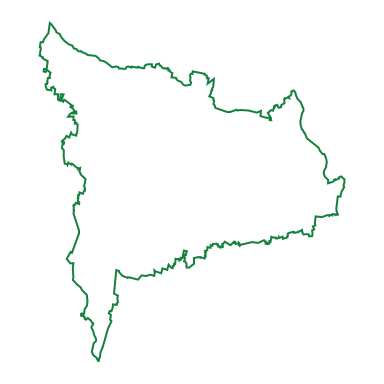 the district of Mueang Suphan Buri, Suphan Buri, Thailand
{"feature_id": "78962969B42801469218282", "entity_name": "Mueang Suphan Buri", "entity_type": "district", "adm_level": 2, "iso_a3": "THA", "parent_name": "Thailand", "parent_adm1": "Suphan Buri", "projection": "equal_earth", "projection_center": [100.048, 14.472], "detail": "fine", "context": "isolated", "style": "outline", "palette": "green", "viewbox_px": 384, "rotation_deg": 0, "n_neighbors": 0, "source": "geoboundaries", "source_scale": "gbopen_adm2", "svg_char_len": 5807}
<svg xmlns="http://www.w3.org/2000/svg" viewBox="0 0 384 384"><path d="M337.9,214.6L336.6,211.4L336.3,208.5L337.8,196.4L340.4,196.6L341.5,191.8L344.2,187.1L343.5,185.7L344.4,182.4L344.4,179.3L341.1,176.4L338.8,177.5L338.9,178.6L335.0,180.2L334.9,179.4L334.2,179.7L334.4,180.6L332.5,181.9L328.1,183.3L328.2,179.9L324.8,176.7L323.7,173.2L324.1,170.7L326.3,166.7L326.0,165.9L326.8,162.5L326.2,158.6L324.4,154.1L322.8,154.2L320.0,150.9L318.7,147.8L307.0,138.4L304.7,132.9L303.9,132.6L303.3,130.7L301.7,129.0L300.5,124.4L300.4,120.9L302.1,113.3L303.5,110.7L303.4,108.6L300.5,101.8L297.4,98.8L295.7,94.5L295.3,92.1L293.4,90.4L291.3,91.6L291.6,92.9L290.8,95.3L288.5,96.8L289.1,98.1L287.5,97.4L285.4,98.7L284.6,98.3L284.2,99.2L284.5,103.1L281.2,105.2L281.1,107.2L278.7,107.8L277.2,104.9L275.3,106.0L275.1,105.5L274.1,106.2L274.7,107.1L274.3,107.9L273.9,107.6L272.9,110.7L271.1,110.1L267.8,113.0L270.7,117.5L271.2,120.2L269.6,120.0L269.6,117.7L266.8,117.9L260.5,116.1L260.9,110.9L256.9,112.6L248.3,110.5L240.3,110.0L237.3,110.5L236.6,109.7L230.2,112.0L227.2,112.0L215.6,108.0L215.0,107.2L214.9,105.6L213.4,104.1L214.2,100.9L213.3,100.0L213.6,98.2L209.3,96.3L210.9,93.5L211.2,90.7L212.2,90.4L212.2,88.4L213.2,86.9L213.9,78.9L207.7,83.6L208.6,78.3L207.5,78.4L207.5,77.7L206.8,77.7L206.8,75.6L204.5,74.6L204.7,73.8L192.7,71.4L192.5,74.0L191.0,73.7L189.9,75.3L190.5,77.6L190.0,80.4L191.1,82.5L190.4,84.8L185.0,85.6L183.2,84.7L181.2,81.9L178.0,80.7L176.4,79.1L176.1,77.9L171.4,77.3L172.4,73.2L169.5,71.2L169.5,70.1L168.4,70.3L168.3,68.3L167.7,68.1L167.0,68.9L165.3,68.1L164.7,68.6L162.8,68.1L160.3,65.5L159.8,65.5L159.1,63.6L156.2,64.4L154.9,67.7L151.9,66.6L151.9,64.3L148.9,64.2L145.8,64.8L144.6,66.1L144.2,68.2L142.9,68.3L138.1,66.8L137.9,67.7L131.5,66.6L131.3,67.6L128.2,66.5L126.7,66.9L125.3,68.9L118.8,68.4L118.2,67.0L116.0,66.5L112.2,67.3L106.2,62.5L103.2,61.0L100.0,60.4L99.1,58.7L95.6,55.9L87.7,55.0L85.6,53.5L81.6,52.0L81.2,51.1L78.4,51.3L76.1,48.9L73.8,48.5L72.5,45.8L68.4,44.1L64.3,40.8L61.0,36.8L59.8,34.1L56.4,32.2L55.6,30.0L51.3,24.3L49.8,23.0L48.4,33.2L43.8,39.5L43.0,42.2L40.6,42.2L39.8,47.2L40.6,47.2L40.8,49.2L39.9,53.4L40.2,54.7L39.6,55.6L42.8,57.3L42.4,57.9L43.8,59.1L47.7,61.1L46.6,69.1L44.0,69.0L43.6,71.5L45.6,72.1L46.9,69.9L50.5,72.7L49.5,76.5L49.8,78.0L47.9,78.0L47.1,82.2L47.5,82.3L47.2,83.9L45.6,84.1L45.6,85.9L46.9,89.6L51.3,90.4L51.2,87.6L53.4,86.9L53.4,88.0L55.2,89.1L54.5,94.3L58.0,94.2L57.9,99.2L58.3,100.0L59.9,100.7L60.7,94.2L63.6,94.4L61.1,100.2L63.2,101.7L64.1,99.7L66.5,101.3L71.3,104.9L70.4,107.0L71.3,107.6L72.1,105.5L72.9,106.0L72.0,108.1L73.6,109.3L74.5,111.6L76.2,111.4L76.4,113.5L72.8,113.4L72.6,112.5L70.2,113.8L68.1,116.7L73.6,116.5L73.3,119.9L74.9,120.2L74.8,123.5L76.4,122.9L76.3,123.8L77.7,124.8L77.1,132.9L76.4,133.5L76.3,135.6L72.2,134.5L71.1,132.6L69.2,137.5L66.5,135.9L65.1,138.5L62.0,141.0L61.9,141.6L64.2,142.4L63.7,144.0L62.7,143.8L61.9,148.1L63.8,150.1L63.7,156.3L64.7,163.6L66.9,164.1L67.5,165.1L68.3,162.6L71.4,164.6L72.0,163.7L77.0,167.9L78.2,168.0L78.3,169.4L80.1,168.2L79.5,172.1L80.6,173.2L80.6,174.4L85.6,179.1L84.1,186.4L85.0,188.2L84.8,190.8L84.0,190.8L83.0,193.8L79.5,192.4L79.3,195.1L78.1,195.1L77.9,198.0L78.3,198.0L77.8,201.9L79.2,202.3L79.1,204.0L75.7,202.9L74.8,205.0L73.8,204.9L73.3,205.8L73.8,206.8L73.6,209.8L74.0,210.0L73.5,213.6L79.0,230.4L79.0,233.4L71.9,252.9L70.6,252.0L66.7,258.9L70.3,263.4L73.4,263.2L72.8,268.3L73.4,277.7L72.8,279.9L77.6,285.0L80.5,287.1L82.1,290.2L86.8,294.9L87.5,301.3L86.9,305.8L84.6,309.3L84.2,313.5L81.5,313.5L80.9,314.2L81.2,315.8L83.3,315.6L83.1,316.3L84.6,317.1L84.8,318.8L85.5,318.6L86.0,319.6L87.8,318.0L91.1,320.7L92.0,322.7L93.3,323.3L93.2,324.3L91.6,326.5L91.5,327.9L93.1,330.6L94.0,334.7L95.8,338.2L96.2,340.2L95.7,341.5L93.8,343.0L91.8,351.8L93.4,355.3L96.3,357.4L98.1,361.0L98.8,360.9L99.1,358.4L99.9,357.6L100.5,352.3L102.8,346.8L108.0,328.5L111.3,321.6L111.4,320.9L110.1,319.8L110.9,315.0L108.8,313.2L109.7,311.0L111.4,311.3L112.7,307.6L113.0,304.4L116.7,304.9L116.8,303.1L117.9,302.4L117.4,298.0L117.9,295.6L114.0,293.6L116.3,270.1L119.1,271.0L119.3,272.4L122.6,275.9L127.7,277.9L128.0,277.3L129.4,277.4L138.0,279.6L141.6,275.4L146.1,276.0L150.6,274.7L154.1,275.9L154.7,273.9L154.4,270.4L155.5,271.4L161.2,273.2L162.5,268.4L167.2,269.9L168.6,264.7L171.1,267.6L172.6,268.1L172.9,266.0L173.7,266.0L174.1,263.8L175.2,264.1L175.5,258.8L177.8,259.1L178.8,260.2L179.0,259.1L180.4,260.0L180.9,259.6L180.8,257.9L182.0,258.2L182.5,257.4L184.0,250.5L186.8,251.2L185.8,255.0L184.5,254.7L184.5,258.2L184.9,258.2L184.1,261.3L185.4,261.5L185.4,262.2L186.5,263.6L186.5,267.5L188.9,267.7L194.1,263.7L193.9,258.1L198.1,257.1L200.3,257.7L200.4,257.1L204.6,258.5L204.9,256.1L205.6,256.5L205.7,255.9L205.1,252.4L205.8,252.3L205.1,250.8L207.3,250.3L207.4,247.1L210.5,247.8L210.7,245.1L212.4,245.7L212.8,244.0L216.7,243.7L217.0,244.6L217.8,244.4L218.3,246.4L218.8,246.0L220.3,247.6L221.2,246.4L222.2,247.2L222.9,246.8L222.4,244.1L222.9,244.2L224.8,241.7L230.5,245.2L233.6,242.1L233.9,242.6L234.4,242.1L234.6,242.8L235.3,242.3L235.7,243.8L237.8,243.5L238.5,242.4L239.4,243.5L238.7,244.8L239.7,245.9L240.3,244.9L251.9,242.1L258.1,242.9L264.1,240.2L266.3,242.1L265.3,242.3L265.7,243.8L268.3,244.1L269.2,243.6L269.3,241.2L270.5,241.9L271.4,236.8L273.1,237.6L275.9,237.5L276.1,238.5L277.6,238.4L278.9,238.0L278.9,237.1L279.5,237.8L282.6,236.7L283.0,238.8L287.4,237.4L287.2,236.2L288.0,235.6L287.7,233.7L289.5,232.8L292.6,232.0L293.9,231.9L293.9,232.8L294.5,232.9L298.3,232.1L298.4,231.4L300.0,231.3L302.0,230.0L302.2,232.1L303.5,234.5L306.9,234.1L308.8,234.5L309.1,236.4L312.2,236.1L312.5,233.1L312.1,230.4L314.2,229.5L312.9,226.5L315.3,225.4L314.8,223.2L315.7,216.4L321.9,217.1L327.3,215.1L329.2,215.9L329.5,214.9L332.3,215.4L332.3,214.1L335.7,214.4L335.6,215.0L337.9,214.6Z" fill="none" stroke="#15803d" stroke-width="2"/></svg>